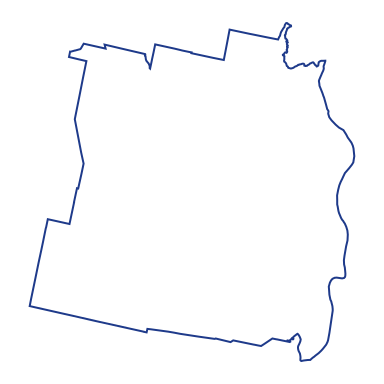 San Jerónimo, Santa Fe, Argentina
{"feature_id": "61730980B41711157234352", "entity_name": "San Jerónimo", "entity_type": "district", "adm_level": 2, "iso_a3": "ARG", "parent_name": "Argentina", "parent_adm1": "Santa Fe", "projection": "natural_earth1", "projection_center": [-60.965, -32.143], "detail": "fine", "context": "isolated", "style": "outline", "palette": "blue", "viewbox_px": 384, "rotation_deg": 0, "n_neighbors": 0, "source": "geoboundaries", "source_scale": "gbopen_adm2", "svg_char_len": 5574}
<svg xmlns="http://www.w3.org/2000/svg" viewBox="0 0 384 384"><path d="M328.5,111.2L327.9,110.1L327.2,109.1L326.1,104.9L324.0,97.4L323.5,96.3L322.4,93.0L320.6,88.5L319.5,85.8L319.3,83.6L318.9,81.0L319.2,79.9L320.6,76.5L321.2,75.2L321.9,73.4L323.2,70.7L323.6,69.4L323.8,68.3L323.7,67.6L323.6,66.2L323.9,65.4L324.4,64.0L324.6,63.4L325.3,61.2L325.3,60.7L323.1,60.8L322.2,60.8L321.2,60.8L320.7,61.0L320.0,61.3L319.4,61.7L319.1,61.9L318.7,62.4L318.6,63.1L318.5,63.6L318.4,64.3L318.3,65.3L318.2,65.6L317.8,65.9L316.8,66.5L316.7,66.5L316.4,66.2L316.3,65.9L316.0,65.4L315.5,65.2L314.9,64.7L314.7,64.3L314.5,63.9L314.0,63.4L313.8,62.9L313.3,62.4L312.6,62.4L311.9,62.7L311.4,62.9L310.6,63.4L310.0,63.5L309.0,64.5L308.5,64.8L307.9,65.0L307.4,65.4L307.2,65.6L307.0,65.8L306.4,65.8L306.0,66.0L305.3,66.0L305.1,65.9L304.3,65.6L304.4,64.7L304.2,64.2L303.8,63.8L303.4,63.7L302.5,63.7L301.7,63.9L301.4,64.1L300.5,64.3L299.2,64.5L298.7,65.0L298.1,64.9L297.2,65.7L296.3,66.2L295.4,66.4L294.5,67.0L293.7,67.6L292.9,68.0L291.1,68.5L290.7,68.5L289.6,68.2L289.1,68.0L288.5,67.9L288.3,67.8L288.1,67.5L288.0,66.9L287.7,66.5L287.3,66.2L287.0,66.1L286.8,65.9L286.6,65.3L286.3,64.0L286.1,63.6L285.7,62.9L285.2,62.3L284.8,62.0L284.5,61.8L284.3,61.7L284.2,61.5L284.2,61.2L284.1,60.9L284.1,60.5L284.2,60.1L284.3,59.5L284.3,56.4L284.4,56.2L284.2,56.0L284.0,55.9L283.3,55.5L282.9,55.2L282.8,54.9L282.9,54.7L283.2,54.7L283.7,54.8L283.9,54.6L283.9,54.3L284.0,53.8L284.9,52.6L285.1,52.4L285.4,52.3L285.7,52.3L286.0,52.5L286.5,52.8L286.7,52.7L286.8,52.6L287.2,51.8L287.2,51.6L287.2,51.1L286.9,50.5L286.7,50.2L286.7,49.7L286.8,49.6L287.1,49.2L287.2,48.6L287.1,48.2L287.2,47.8L287.7,47.4L287.7,47.2L287.0,46.8L287.0,46.7L287.0,46.3L287.0,46.2L287.6,45.9L287.8,45.6L287.6,45.2L287.1,44.6L286.9,44.3L286.9,44.1L286.9,43.7L286.9,43.4L287.2,42.9L287.3,42.8L287.8,42.5L287.8,42.4L287.7,42.2L287.4,41.9L286.4,41.8L286.3,41.5L286.3,41.4L286.4,41.2L286.6,41.0L287.2,40.8L287.3,40.5L287.3,40.4L286.8,39.7L286.4,39.1L286.0,38.7L285.5,38.6L285.4,38.4L285.3,38.1L285.3,37.9L285.1,36.8L285.1,36.6L285.2,36.1L285.2,35.8L284.9,35.5L284.9,35.2L285.0,34.9L285.3,34.5L285.8,33.9L285.8,33.4L285.8,32.8L286.0,32.1L286.8,30.1L286.9,29.8L287.0,29.1L287.1,28.8L287.3,28.6L287.6,28.6L287.8,28.4L288.1,27.9L288.4,27.7L288.6,27.6L289.2,27.4L289.6,27.0L290.2,26.7L290.8,26.6L291.0,26.4L291.1,26.2L291.0,25.8L291.0,25.5L290.9,25.4L289.9,25.1L288.8,24.4L288.6,24.2L287.9,23.9L287.7,23.5L287.3,23.2L286.8,23.0L286.5,23.1L285.9,23.3L285.5,24.0L284.9,24.9L284.3,27.2L283.4,28.2L281.1,32.0L280.6,33.4L280.0,35.8L279.1,37.1L278.1,39.5L267.8,37.5L252.5,34.4L249.9,33.9L235.7,30.9L229.6,29.6L227.3,41.8L223.8,60.0L213.3,57.9L191.4,53.2L191.6,52.4L188.4,51.8L182.2,50.5L180.7,50.1L174.4,48.6L155.2,44.4L153.4,53.1L152.1,59.0L151.4,62.5L150.1,68.6L149.7,68.2L149.7,67.4L149.7,66.2L149.6,65.9L149.5,65.4L149.5,65.2L149.2,64.9L148.7,63.6L148.5,63.3L147.9,62.7L147.4,62.1L147.1,61.6L146.6,61.1L146.4,60.8L146.2,60.3L145.9,59.5L145.7,58.1L145.5,56.1L145.4,56.0L145.2,56.2L145.0,55.9L144.9,55.4L145.0,55.2L145.3,54.5L145.3,54.3L145.2,54.1L122.4,48.8L104.6,44.6L105.6,48.6L83.7,43.7L80.8,48.6L80.4,49.0L80.1,49.2L78.5,49.6L75.3,50.5L75.0,50.5L71.4,51.5L70.7,51.7L70.1,51.6L69.0,57.0L78.6,59.3L86.4,61.1L83.0,77.9L79.6,95.2L74.8,119.2L81.2,152.7L83.6,163.6L83.0,166.5L81.4,174.1L78.2,188.5L77.0,188.2L74.0,202.2L74.1,202.3L69.5,224.0L47.8,219.2L46.1,227.4L45.8,228.2L43.0,242.0L41.3,250.1L38.6,262.6L36.8,271.4L35.3,278.7L33.6,286.9L31.0,299.4L29.7,306.1L51.9,311.1L62.5,313.5L71.5,315.5L96.0,321.1L143.8,331.7L143.8,331.8L146.6,332.4L147.4,328.9L150.9,329.3L168.5,331.7L174.3,332.7L180.0,333.8L198.4,336.6L214.7,338.9L214.8,338.9L215.4,338.6L215.8,338.5L216.1,338.7L216.4,338.7L216.5,338.7L230.6,342.1L233.2,340.4L253.7,344.6L254.4,344.7L258.3,345.5L261.1,346.0L264.2,344.0L264.8,343.6L272.4,338.5L276.3,339.3L276.6,339.3L287.7,341.6L287.3,341.1L287.2,340.7L287.3,340.5L287.6,340.4L288.0,340.5L288.4,340.6L288.8,340.8L289.4,341.4L289.9,341.7L290.1,341.8L290.3,341.7L290.3,341.3L289.9,341.0L289.8,340.7L289.8,340.4L290.0,340.1L290.9,339.5L291.6,338.6L292.0,338.1L292.3,337.9L292.7,337.9L292.6,338.2L292.4,338.5L292.5,339.0L292.7,339.3L292.9,339.4L293.1,339.3L293.3,339.1L293.4,338.9L293.4,338.5L293.1,338.0L293.2,337.2L294.1,336.3L297.1,334.0L297.5,333.8L297.8,334.0L298.9,335.3L299.9,337.2L300.7,339.3L300.4,341.1L299.8,342.7L299.0,344.5L298.4,345.6L298.0,347.0L298.0,347.9L298.2,349.5L298.6,350.9L299.9,353.5L300.3,355.5L300.4,356.3L300.5,357.2L300.4,359.2L300.4,360.2L300.8,360.7L301.4,361.0L303.7,360.5L307.7,360.0L310.4,359.9L310.8,359.4L311.6,358.7L311.9,358.4L313.4,357.2L314.2,356.7L315.3,355.7L318.6,353.2L320.7,351.2L321.4,350.5L323.0,348.7L326.0,344.9L326.7,343.7L327.0,342.9L327.3,342.5L327.9,340.7L328.0,340.6L329.4,333.0L332.7,310.7L332.7,309.0L332.4,306.1L331.2,301.3L330.4,299.7L329.4,294.7L329.1,290.3L328.8,286.6L329.9,282.7L331.1,280.4L332.5,278.8L334.6,277.8L336.6,277.6L342.1,278.4L344.0,278.0L344.9,277.1L345.3,275.9L345.4,273.7L345.1,270.3L344.8,267.4L344.1,264.5L343.9,260.2L344.5,255.7L346.1,246.4L347.5,240.5L347.8,234.6L347.4,230.6L346.3,226.9L344.8,223.5L344.0,222.4L343.2,221.0L342.0,219.6L341.0,217.8L340.1,215.6L339.0,213.0L338.4,210.8L337.7,206.6L337.2,204.5L337.2,199.9L337.1,195.4L338.2,189.7L339.3,185.4L340.6,182.1L342.2,178.9L343.1,176.9L344.1,174.8L344.9,173.1L349.3,168.0L351.9,164.7L353.3,162.4L354.3,156.2L353.5,148.4L352.8,145.7L351.4,142.6L347.8,137.6L346.2,134.5L343.4,130.1L339.0,127.6L335.6,124.6L333.5,122.4L331.5,120.3L329.3,117.3L328.2,113.7L328.5,111.2Z" fill="none" stroke="#1e3a8a" stroke-width="2"/></svg>